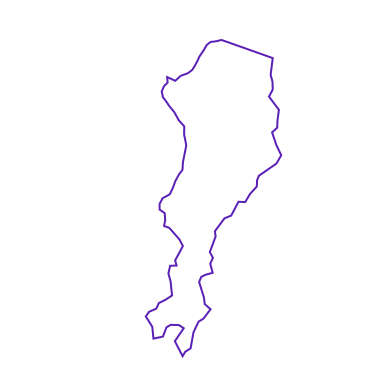 the district of Nova Araçá, Rio Grande do Sul, Brazil, rotated 293°
{"feature_id": "56859067B37354082444781", "entity_name": "Nova Araçá", "entity_type": "district", "adm_level": 2, "iso_a3": "BRA", "parent_name": "Brazil", "parent_adm1": "Rio Grande do Sul", "projection": "albers", "projection_center": [-51.769, -28.646], "detail": "fine", "context": "isolated", "style": "outline", "palette": "violet", "viewbox_px": 384, "rotation_deg": 293, "n_neighbors": 0, "source": "geoboundaries", "source_scale": "gbopen_adm2", "svg_char_len": 1377}
<svg xmlns="http://www.w3.org/2000/svg" viewBox="0 0 384 384"><g transform="rotate(293 192 192)"><path d="M61.4,224.3L64.4,231.9L63.4,237.6L48.0,234.5L37.2,247.5L42.3,248.2L47.5,251.8L63.4,248.2L75.2,248.7L79.9,252.0L91.3,254.9L93.8,247.5L99.3,244.4L112.0,233.7L117.5,233.7L121.3,237.0L125.7,242.6L133.1,236.8L139.6,237.0L143.6,231.9L160.4,231.1L164.8,228.4L180.5,232.2L185.6,237.3L201.2,238.6L203.5,244.9L213.0,246.2L222.4,249.5L228.2,247.3L233.2,247.3L242.6,253.2L251.1,258.6L260.7,259.8L268.0,251.5L278.2,242.4L284.4,245.3L291.4,242.7L301.6,239.9L309.9,225.6L317.8,226.3L324.8,223.1L330.6,218.6L346.8,214.0L343.5,159.8L340.1,155.2L337.4,150.5L333.3,148.2L326.6,147.3L319.6,145.9L314.4,145.8L309.4,145.3L304.5,144.5L299.7,141.8L294.5,136.2L287.8,133.1L288.1,124.2L283.2,126.8L278.6,124.9L272.8,124.8L267.9,128.2L265.3,132.8L262.3,137.4L258.6,144.5L252.9,151.8L249.4,159.2L241.8,162.3L236.9,165.7L232.4,168.6L224.7,170.2L215.9,172.0L208.7,174.6L202.8,173.1L195.3,172.4L188.5,172.8L181.1,172.4L174.8,167.4L168.4,166.8L163.1,169.1L161.9,175.1L155.9,178.2L149.8,179.6L150.1,185.0L146.9,191.8L143.4,199.0L138.7,204.7L130.5,204.0L122.5,203.2L118.3,206.5L115.5,200.7L107.8,202.1L101.1,207.4L95.3,210.5L89.0,214.1L82.6,209.8L76.8,204.9L70.6,204.7L65.0,199.3L59.4,198.1L52.4,208.1L42.0,213.8L47.5,221.7L57.5,221.4L61.4,224.3Z" fill="none" stroke="#5b21b6" stroke-width="2"/></g></svg>